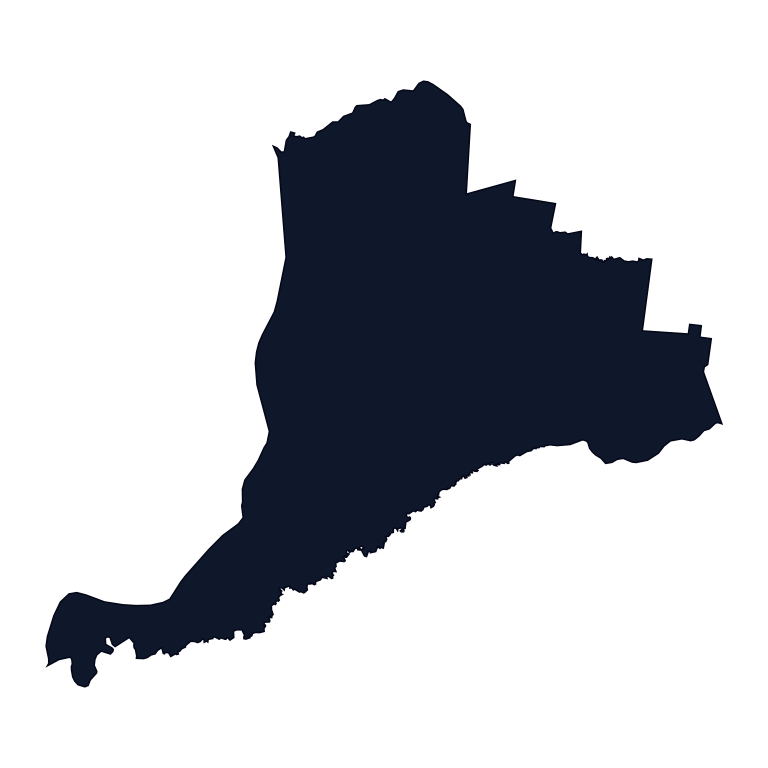 Empedrado, Corrientes, Argentina
{"feature_id": "61730980B73839587139252", "entity_name": "Empedrado", "entity_type": "district", "adm_level": 2, "iso_a3": "ARG", "parent_name": "Argentina", "parent_adm1": "Corrientes", "projection": "albers", "projection_center": [-58.733, -27.913], "detail": "fine", "context": "isolated", "style": "filled", "palette": "ink", "viewbox_px": 768, "rotation_deg": 0, "n_neighbors": 0, "source": "geoboundaries", "source_scale": "gbopen_adm2", "svg_char_len": 6093}
<svg xmlns="http://www.w3.org/2000/svg" viewBox="0 0 768 768"><path d="M721.9,423.8L703.4,371.9L704.3,366.9L707.7,364.5L711.3,338.7L699.9,337.2L701.3,325.7L689.7,324.4L688.3,334.0L642.3,330.9L651.8,259.2L646.7,258.8L643.6,260.2L639.0,258.4L638.7,260.6L637.5,262.0L632.6,261.1L628.5,261.8L624.1,261.0L619.8,257.7L613.8,259.4L611.7,257.0L610.9,258.1L609.9,257.0L608.9,259.2L607.9,258.3L606.6,258.7L606.7,260.5L604.5,260.6L604.4,262.3L603.2,262.2L602.0,260.1L600.1,259.9L599.3,260.6L597.1,257.1L596.2,258.0L596.2,259.7L592.7,257.7L589.0,257.5L587.5,256.3L587.1,254.0L586.4,254.9L583.9,254.1L582.3,254.9L580.3,252.9L581.4,231.3L567.6,234.0L565.3,232.2L559.7,232.8L557.4,231.8L555.8,231.8L553.3,233.4L550.6,228.1L555.5,203.7L512.8,196.7L515.4,180.5L466.2,194.1L470.3,124.4L466.9,122.8L465.8,120.7L462.9,109.4L460.5,106.2L447.5,94.7L433.1,84.6L428.0,81.9L423.5,81.2L419.0,83.4L413.4,91.0L403.3,90.0L398.2,91.7L394.7,98.1L391.8,101.8L390.5,102.0L384.9,98.8L383.2,100.2L380.4,99.6L377.6,100.5L369.3,104.8L356.9,105.7L355.4,107.1L352.7,113.1L343.6,116.4L338.2,122.0L332.7,122.0L323.1,129.7L317.3,132.1L315.1,136.2L313.7,137.1L304.9,138.8L303.6,137.2L302.1,137.9L299.7,136.1L296.7,136.7L293.5,136.1L294.7,133.1L290.7,132.0L289.1,136.6L286.4,140.2L284.3,152.0L281.1,152.1L277.0,147.9L273.3,146.2L278.2,157.7L286.1,257.4L277.2,301.5L274.3,312.0L262.4,334.8L258.9,342.9L256.6,352.0L255.3,362.9L257.0,384.8L269.4,431.4L267.0,443.1L264.2,447.5L258.3,460.4L253.2,468.9L244.9,480.0L242.4,489.1L242.6,502.2L241.7,505.8L243.2,517.7L238.4,523.9L222.7,535.5L209.0,549.3L185.6,575.7L180.9,581.8L169.8,599.2L163.1,602.5L150.4,605.3L136.1,605.6L123.0,604.8L104.4,601.9L86.0,595.0L76.7,592.6L69.0,593.9L60.4,602.0L53.9,615.6L47.4,636.6L46.1,646.2L48.7,658.8L48.7,663.6L47.4,665.8L58.8,659.6L69.7,657.2L71.3,658.2L71.9,660.1L72.3,664.1L71.4,666.5L71.5,670.0L72.7,676.9L74.7,681.1L78.1,684.8L84.9,686.8L88.1,685.5L90.2,680.1L96.6,672.9L96.8,671.4L94.2,665.4L94.9,659.4L96.7,655.0L101.2,651.1L110.4,654.0L112.8,651.6L113.3,649.5L112.1,648.0L105.7,644.4L105.3,637.8L108.0,636.8L110.1,637.5L112.4,644.4L115.1,646.6L129.3,637.4L134.4,643.5L133.8,644.7L134.1,647.6L135.5,649.7L136.7,655.8L136.4,658.3L143.8,658.6L147.5,657.4L150.9,655.0L155.2,653.8L157.4,650.5L160.7,648.3L161.9,648.1L163.3,653.5L164.5,653.8L165.1,652.4L168.6,652.8L170.8,656.5L175.4,653.8L176.5,654.5L178.3,654.1L177.9,652.5L178.6,651.3L179.6,651.4L181.7,648.8L185.4,647.1L185.6,645.6L190.6,641.3L194.7,641.5L197.6,642.6L200.1,641.6L202.9,638.7L204.1,640.1L204.2,642.3L206.6,641.1L207.8,642.0L208.2,639.4L212.8,638.5L213.2,637.2L214.7,636.9L219.2,639.2L221.0,637.8L225.1,639.3L226.0,639.2L226.6,637.9L227.9,637.9L230.0,640.1L233.8,637.5L233.5,631.3L236.1,629.9L241.9,629.8L244.7,635.6L243.9,636.4L243.9,638.7L245.9,639.1L250.0,637.7L249.9,636.5L251.7,635.9L252.2,634.9L251.9,633.7L255.3,632.5L259.9,632.6L264.2,631.4L263.9,628.7L265.6,625.9L265.1,624.9L264.0,625.1L264.3,622.2L269.5,621.9L269.8,620.6L268.6,617.3L269.8,616.5L270.6,617.7L271.8,617.5L271.9,615.7L273.1,614.5L271.5,609.7L271.4,605.8L273.9,603.9L275.5,604.5L276.1,603.2L275.2,602.2L277.1,600.5L278.3,601.2L279.3,600.2L278.4,597.8L279.9,595.7L282.2,594.4L281.2,594.1L281.3,592.8L280.3,591.9L281.7,591.0L279.5,589.0L279.6,587.8L282.3,588.0L284.2,590.0L284.7,587.6L289.0,586.2L290.0,586.4L289.9,588.1L291.7,587.6L293.3,589.9L294.3,589.0L299.6,592.1L300.9,591.6L303.7,592.9L304.7,592.4L307.4,589.9L306.8,586.8L307.7,583.9L310.8,584.0L311.0,582.9L314.3,584.7L315.6,584.1L315.4,582.5L316.2,581.4L320.5,579.8L321.9,577.3L327.0,578.4L326.6,577.2L327.2,576.2L328.5,576.3L331.6,578.5L332.7,578.1L332.4,576.4L333.5,575.3L332.6,574.2L332.4,571.3L336.0,571.6L334.9,568.8L334.9,567.4L336.1,566.5L335.6,563.1L339.6,561.0L344.1,561.6L345.2,560.8L343.6,556.9L344.8,555.9L345.5,557.2L346.5,557.3L349.0,554.1L346.6,553.2L346.5,551.5L347.4,550.2L349.6,550.5L348.9,551.7L349.8,552.4L350.4,551.5L353.1,551.5L354.9,548.6L356.3,548.0L357.7,548.7L357.8,549.8L360.7,550.1L360.3,548.8L359.1,548.1L360.6,546.1L362.1,546.4L364.0,548.0L361.8,549.3L361.6,550.5L364.4,555.9L366.5,556.6L368.3,551.6L370.6,551.5L370.5,552.7L375.7,551.6L377.6,546.6L378.6,546.5L378.8,547.6L380.0,548.4L380.9,547.4L383.3,548.1L384.2,543.4L383.7,542.3L385.7,541.6L386.7,539.4L385.6,536.5L388.5,536.4L390.1,534.6L389.2,534.2L389.9,533.3L393.3,532.4L393.4,528.8L394.7,527.9L396.2,528.4L397.6,530.6L398.1,528.4L401.6,527.9L402.3,529.1L400.3,530.9L401.3,531.9L403.6,531.8L404.0,530.8L403.5,529.4L404.0,528.4L405.1,528.4L405.8,522.1L409.4,520.3L410.4,519.1L410.3,517.5L409.2,517.0L408.2,517.8L406.5,516.3L406.6,513.4L409.1,513.7L413.2,510.8L415.6,511.7L417.0,510.2L421.0,511.1L422.9,509.7L423.9,507.1L427.3,506.3L428.1,504.9L430.2,505.1L431.0,507.7L433.2,506.5L434.3,504.8L433.9,503.2L435.3,502.6L433.9,499.5L434.3,498.5L437.6,498.9L437.8,497.7L439.4,497.1L437.3,496.2L437.6,494.8L438.6,494.9L438.7,492.6L440.3,490.6L442.6,489.3L447.2,489.4L447.6,488.1L448.6,488.8L449.8,488.1L451.2,485.6L453.9,486.1L455.9,484.0L455.0,483.0L456.2,482.2L456.2,480.7L458.1,480.9L460.0,478.7L461.6,478.7L461.7,477.3L464.0,476.0L465.0,478.2L466.9,477.5L466.4,476.4L467.2,475.6L468.7,475.9L468.5,474.8L470.0,474.8L469.3,473.5L470.2,472.6L472.4,472.8L472.0,471.1L473.0,470.2L474.3,471.2L477.0,471.4L477.9,470.6L476.7,470.1L477.3,468.9L482.7,465.9L483.7,464.4L486.4,465.1L488.2,463.3L489.3,464.8L490.4,464.9L491.2,464.1L490.8,463.0L491.8,462.6L493.2,462.9L493.0,464.5L493.9,465.2L496.7,465.9L496.2,464.8L498.0,463.6L498.2,464.8L499.7,464.6L499.9,462.8L504.3,463.4L505.1,462.1L506.4,462.1L507.3,463.4L508.8,463.2L508.5,461.6L514.8,456.1L517.2,454.9L519.9,455.6L526.9,451.5L531.2,450.7L533.5,448.3L536.1,448.6L536.4,447.6L539.0,447.7L539.8,446.5L544.2,446.7L545.2,445.7L550.3,444.8L557.1,445.6L570.1,444.5L582.7,439.8L586.3,440.9L587.9,442.5L589.6,448.3L592.3,451.8L595.4,454.8L601.0,458.2L605.6,463.4L611.9,462.4L617.3,459.3L623.3,458.4L632.2,462.1L636.2,462.5L647.6,460.2L658.4,453.2L664.0,446.0L670.4,440.9L681.9,438.8L690.7,440.7L694.2,439.8L699.2,435.8L703.7,430.6L709.3,428.9L715.5,423.1L718.0,422.6L721.9,423.8Z" fill="#0f172a" stroke="#020617" stroke-width="1.5"/></svg>